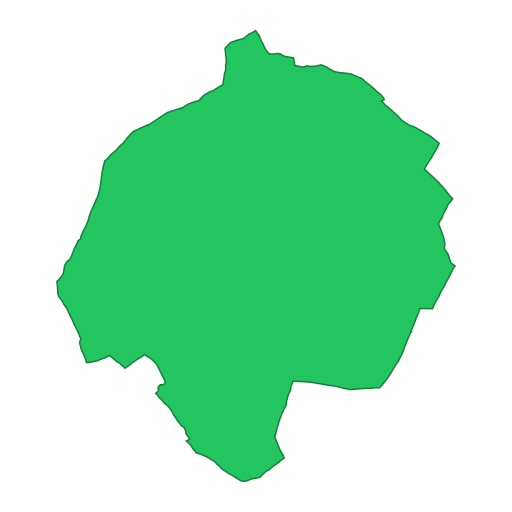 outline of Vegårshei nor, Aust-Agder, Norway
{"feature_id": "86288312B64085971286736", "entity_name": "Vegårshei nor", "entity_type": "district", "adm_level": 2, "iso_a3": "NOR", "parent_name": "Norway", "parent_adm1": "Aust-Agder", "projection": "mercator", "projection_center": [8.831, 58.755], "detail": "fine", "context": "isolated", "style": "filled", "palette": "green", "viewbox_px": 512, "rotation_deg": 0, "n_neighbors": 0, "source": "geoboundaries", "source_scale": "gbopen_adm2", "svg_char_len": 5966}
<svg xmlns="http://www.w3.org/2000/svg" viewBox="0 0 512 512"><path d="M403.4,350.8L404.2,347.8L404.5,347.1L405.2,345.6L408.4,337.6L409.3,335.8L409.7,334.7L410.0,334.1L410.3,333.3L411.5,331.5L411.2,331.3L411.2,331.0L411.4,330.3L413.2,325.8L413.9,324.3L414.4,322.5L415.3,321.2L415.2,320.7L415.7,319.7L415.8,318.9L416.3,317.9L417.3,315.3L418.2,313.6L418.7,312.2L419.3,310.1L420.0,308.5L432.6,308.7L433.0,307.4L435.3,302.4L435.7,301.6L436.1,301.1L437.1,299.2L438.1,297.7L439.3,295.7L440.2,293.3L441.2,291.2L443.2,287.8L443.7,287.2L446.4,281.5L447.1,280.6L450.1,275.1L451.7,271.8L452.7,269.2L454.0,267.7L455.1,265.9L451.9,263.6L451.0,263.1L450.3,260.9L449.6,259.1L448.8,256.5L448.0,254.1L445.2,250.0L444.3,248.7L444.7,245.9L444.8,244.9L444.8,243.3L444.3,240.2L443.6,237.5L442.7,234.9L438.5,223.5L438.9,223.0L440.0,220.6L441.9,218.2L443.1,214.5L444.0,212.7L446.5,208.2L447.5,205.9L448.2,204.4L449.1,203.2L450.6,201.6L452.5,199.0L452.4,199.0L452.2,198.4L449.6,195.6L445.7,190.5L442.6,186.8L440.2,184.4L438.5,182.1L437.5,181.5L433.9,177.8L427.5,172.0L426.6,171.0L424.4,169.2L425.6,166.7L427.5,163.7L431.7,157.3L433.1,154.6L437.0,148.2L439.2,143.3L434.8,139.7L434.2,139.1L432.1,137.5L430.7,136.3L428.5,135.0L424.1,132.7L423.5,132.2L419.6,129.9L414.4,127.0L413.3,126.5L410.9,125.8L409.1,125.0L406.7,123.6L402.4,120.7L400.9,119.3L398.0,116.1L387.5,106.7L385.7,105.5L383.3,102.9L381.4,101.2L384.1,99.9L383.8,98.1L381.0,94.9L376.7,91.4L373.9,88.6L369.9,85.2L364.7,81.3L364.4,80.8L362.2,78.9L360.2,77.8L358.7,77.4L357.8,76.9L354.1,75.4L351.5,74.0L350.3,74.3L348.8,73.6L342.2,72.8L340.2,72.7L334.7,71.7L332.3,70.4L329.0,68.7L327.3,67.4L323.9,65.9L320.9,64.8L320.3,64.9L319.2,65.4L317.1,65.7L315.3,66.2L312.8,66.4L308.7,66.3L307.2,65.7L303.7,66.9L302.1,67.1L298.2,66.1L294.8,65.5L293.5,57.8L288.1,57.0L285.4,56.5L282.4,55.4L281.5,54.6L280.5,53.9L277.2,53.5L275.9,53.7L275.2,53.9L272.7,54.1L269.6,53.9L268.4,52.9L267.1,51.5L265.6,49.5L264.4,47.2L262.8,43.5L261.6,41.5L260.5,38.8L258.9,35.2L258.0,34.2L256.5,32.2L256.5,31.9L256.0,31.1L255.5,30.7L254.6,31.0L253.4,32.2L251.6,32.8L250.8,33.5L249.5,33.8L243.4,38.6L239.3,39.6L230.8,42.3L228.9,44.1L225.0,48.4L226.3,59.6L226.2,60.9L226.3,61.9L226.1,63.6L225.5,65.0L225.8,66.5L225.7,67.5L225.6,68.3L225.7,70.2L224.5,73.5L223.4,81.2L222.8,84.8L218.7,87.0L213.7,90.4L210.8,91.4L208.6,92.5L204.9,94.7L202.7,96.4L201.3,97.9L200.2,98.7L200.1,99.9L198.9,100.6L198.5,100.6L196.9,101.2L196.1,101.2L188.1,104.2L182.6,107.7L173.1,110.6L167.1,112.6L149.8,124.3L148.5,124.7L145.9,125.7L135.6,130.4L133.5,131.5L130.4,134.3L129.5,135.4L128.9,136.0L127.1,138.0L124.8,140.9L123.5,142.9L122.4,143.7L119.3,146.6L116.2,150.1L111.5,154.1L110.2,155.4L108.6,157.3L108.5,157.8L104.7,161.0L103.4,166.1L101.8,173.8L101.5,176.8L101.3,178.0L101.2,179.2L100.7,183.3L99.9,188.5L98.0,195.7L97.2,197.8L96.5,199.0L94.2,204.5L92.4,208.2L92.0,209.3L91.3,210.7L89.9,214.3L88.6,218.5L88.4,220.0L88.0,221.0L85.3,227.3L83.1,231.5L81.6,234.9L80.9,236.6L80.4,239.0L78.1,240.7L76.2,245.2L74.6,248.0L71.7,255.5L69.8,259.4L69.6,259.7L67.2,261.2L65.8,263.2L65.1,264.6L64.5,266.3L63.5,272.8L63.2,273.6L62.1,275.5L58.5,280.2L56.9,281.4L57.8,291.0L57.8,293.5L58.6,296.1L58.9,296.9L59.3,297.5L60.0,298.2L62.4,301.4L63.2,302.6L63.6,303.9L66.9,308.6L68.9,313.1L70.3,316.0L70.7,317.0L71.2,317.7L73.3,322.1L74.0,323.7L74.2,324.7L75.1,326.1L75.5,326.9L76.8,329.3L78.0,332.0L79.3,334.6L79.5,336.2L80.9,338.5L80.7,339.3L80.0,340.9L79.7,342.7L79.9,344.2L80.1,344.9L80.5,345.7L80.6,346.6L80.6,347.6L83.1,353.5L83.9,354.9L84.2,355.9L85.0,357.8L85.3,358.8L85.9,359.4L85.8,360.2L86.1,361.7L86.4,362.4L88.5,362.6L95.5,361.2L97.8,360.6L101.3,359.1L104.6,358.0L106.3,357.2L109.4,355.5L113.2,358.6L117.3,361.9L120.0,363.5L122.5,365.9L125.2,368.2L134.5,361.2L135.3,360.8L136.4,359.9L140.8,357.3L144.6,354.6L146.8,356.2L150.9,358.6L155.7,363.0L157.0,365.0L165.2,381.5L165.3,381.9L165.0,382.7L164.0,384.2L163.7,384.5L163.3,384.7L160.5,384.7L159.7,385.5L159.3,385.6L159.1,385.7L159.0,386.3L158.6,386.9L158.0,387.4L158.1,388.5L158.5,389.7L158.7,390.6L158.3,391.0L158.0,391.2L156.8,392.5L156.3,392.9L155.6,393.3L157.8,395.5L159.2,397.5L160.7,398.8L162.5,400.9L163.8,402.7L165.1,403.9L166.6,404.9L169.0,407.3L171.4,410.6L174.0,415.5L176.2,418.6L177.3,420.3L177.8,421.3L179.0,422.5L180.8,425.0L181.6,425.9L183.3,426.9L184.3,427.8L185.5,430.5L185.7,432.3L186.2,434.1L188.2,436.8L189.1,438.3L189.8,439.2L186.3,441.0L187.1,441.8L187.8,442.2L188.9,443.5L189.9,444.3L190.1,444.5L190.2,444.9L190.8,445.1L191.5,446.3L192.2,447.8L192.8,448.4L193.3,449.6L193.7,450.0L194.4,449.9L195.9,452.7L200.5,454.2L206.9,456.9L214.5,461.6L216.3,463.3L217.2,464.4L218.7,465.5L221.4,468.4L222.4,469.1L223.3,470.1L225.2,471.0L227.5,472.7L235.0,477.1L236.7,478.3L239.4,479.8L240.8,480.8L241.8,481.0L244.5,481.3L245.8,481.1L251.5,479.0L259.9,477.3L263.4,473.6L264.9,472.4L266.6,471.0L268.6,470.1L270.3,468.7L270.6,468.3L271.5,467.6L272.0,467.4L272.3,467.0L274.0,465.7L278.9,462.3L280.8,460.3L282.1,459.5L282.7,458.9L284.1,458.2L283.8,457.6L283.7,456.7L283.5,455.6L283.2,455.1L282.6,454.5L279.9,449.6L274.6,436.8L275.8,433.5L276.6,430.6L276.7,429.2L277.0,428.5L277.6,426.3L278.2,424.7L278.5,424.0L278.7,423.0L278.8,422.0L279.1,421.4L279.9,418.8L280.7,417.1L281.9,413.4L283.3,410.8L284.0,408.9L284.8,407.9L285.4,406.8L285.8,405.6L286.1,404.5L286.5,402.8L286.4,402.1L286.7,400.7L288.1,395.4L288.7,393.8L290.5,390.3L290.8,386.7L290.9,386.2L291.9,384.5L293.0,381.1L298.1,381.5L303.1,381.6L309.6,382.2L310.9,382.0L313.2,382.7L313.9,382.7L317.5,383.4L318.4,383.4L322.4,384.2L336.4,386.4L345.2,388.6L348.4,389.1L349.4,389.6L360.0,388.8L361.2,388.5L362.1,388.7L367.1,388.2L369.3,388.3L373.8,388.0L374.6,387.8L379.6,387.8L383.6,383.2L387.5,378.1L390.9,373.0L393.7,368.1L394.8,366.4L397.1,362.7L397.7,362.0L398.3,361.6L398.6,360.4L398.9,360.2L398.9,359.9L399.3,359.0L399.5,358.8L399.6,358.3L399.8,357.9L399.9,358.0L400.0,357.7L400.6,356.5L400.8,356.3L402.0,353.9L402.7,352.2L403.4,350.8Z" fill="#22c55e" stroke="#15803d" stroke-width="1.5"/></svg>